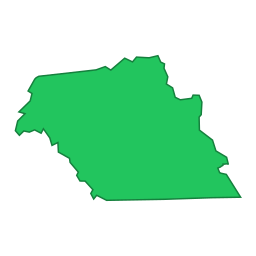 the district of Macon, North Carolina, United States of America
{"feature_id": "52423323B76161354561754", "entity_name": "Macon", "entity_type": "district", "adm_level": 2, "iso_a3": "USA", "parent_name": "United States of America", "parent_adm1": "North Carolina", "projection": "robinson", "projection_center": [-83.41, 35.162], "detail": "fine", "context": "isolated", "style": "filled", "palette": "green", "viewbox_px": 256, "rotation_deg": 0, "n_neighbors": 0, "source": "geoboundaries", "source_scale": "gbopen_adm2", "svg_char_len": 997}
<svg xmlns="http://www.w3.org/2000/svg" viewBox="0 0 256 256"><path d="M36.2,77.7L34.8,79.1L28.1,91.0L32.0,93.5L30.2,100.9L18.9,111.9L25.0,113.7L17.7,121.0L15.4,130.7L19.4,135.3L23.8,131.0L29.3,132.1L34.6,129.9L41.1,133.2L43.4,128.8L49.8,137.9L52.0,145.4L57.9,142.5L58.4,152.1L69.5,158.3L70.1,162.4L78.3,172.1L76.7,175.4L80.0,181.0L85.1,181.1L92.9,189.7L90.8,193.5L93.7,199.0L96.7,195.3L106.6,200.3L164.0,199.3L211.4,197.7L240.6,197.2L226.3,174.4L220.9,173.2L220.5,173.0L220.0,172.8L219.9,172.7L219.6,172.6L217.8,168.1L220.6,166.9L221.1,166.3L222.9,165.4L223.0,164.1L224.8,164.1L226.2,163.8L228.1,164.1L228.2,163.8L226.6,157.3L215.9,150.9L212.5,140.1L199.4,130.1L199.1,117.1L201.2,114.7L201.9,102.1L199.1,95.3L193.1,95.1L191.7,98.3L180.3,99.8L175.2,97.3L172.6,87.9L166.4,84.0L167.8,76.8L164.0,68.3L164.5,63.9L160.7,62.1L157.9,55.7L149.1,57.8L136.5,57.1L132.5,61.9L124.7,58.2L110.8,70.1L105.3,66.6L96.3,69.8L95.9,69.9L38.8,76.3L36.2,77.7Z" fill="#22c55e" stroke="#15803d" stroke-width="1.5"/></svg>